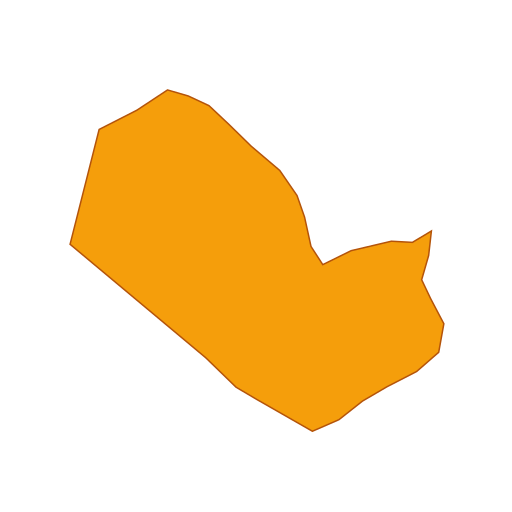 Kouh Est, Logone Oriental, Chad, rotated 164°
{"feature_id": "50815135B98764858098702", "entity_name": "Kouh Est", "entity_type": "district", "adm_level": 2, "iso_a3": "TCD", "parent_name": "Chad", "parent_adm1": "Logone Oriental", "projection": "albers", "projection_center": [17.009, 8.381], "detail": "fine", "context": "isolated", "style": "filled", "palette": "amber", "viewbox_px": 512, "rotation_deg": 164, "n_neighbors": 0, "source": "geoboundaries", "source_scale": "gbopen_adm2", "svg_char_len": 559}
<svg xmlns="http://www.w3.org/2000/svg" viewBox="0 0 512 512"><g transform="rotate(164 256 256)"><path d="M106.9,113.1L94.1,139.1L99.9,167.0L103.3,187.5L89.9,208.9L80.5,231.7L101.9,226.0L121.8,232.9L163.1,234.9L194.2,229.3L200.5,250.0L198.6,280.0L199.9,302.8L209.6,331.7L230.3,362.8L245.6,389.7L259.7,413.4L277.0,428.5L295.3,440.0L330.3,429.0L371.9,420.9L396.8,378.1L431.5,318.5L332.4,172.1L321.6,153.3L311.3,135.3L294.7,117.8L250.1,72.0L221.4,75.8L193.6,87.2L166.2,94.2L133.4,100.7L106.9,113.1Z" fill="#f59e0b" stroke="#b45309" stroke-width="1.5"/></g></svg>